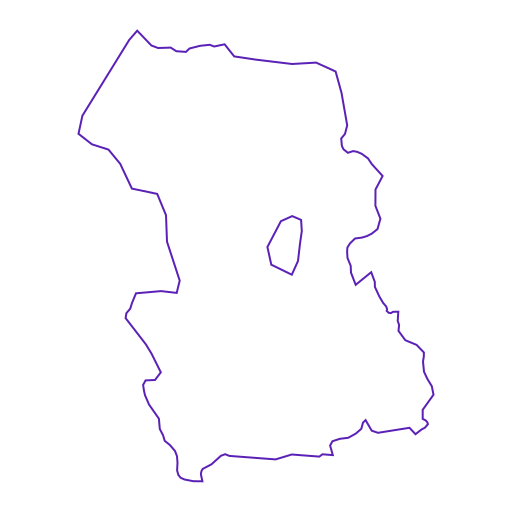 map outline of Rezeknes (Mercator projection)
{"feature_id": "LVA-1066", "entity_name": "Rezeknes", "entity_type": "Municipality", "adm_level": 1, "iso_a3": "LVA", "parent_name": "Latvia", "parent_adm1": "", "projection": "mercator", "projection_center": [27.315, 56.501], "detail": "fine", "context": "isolated", "style": "outline", "palette": "violet", "viewbox_px": 512, "rotation_deg": 0, "n_neighbors": 0, "source": "natural_earth", "source_scale": "10m", "svg_char_len": 1942}
<svg xmlns="http://www.w3.org/2000/svg" viewBox="0 0 512 512"><path d="M137.2,30.7L151.4,45.5L158.1,48.0L170.7,47.6L176.3,51.2L185.9,51.9L189.5,48.5L200.1,45.8L209.8,44.8L214.2,46.5L224.6,44.3L234.2,56.4L255.7,59.6L292.1,64.0L316.1,62.6L335.6,71.5L341.5,92.8L347.2,125.3L345.0,133.9L341.2,138.5L341.9,146.0L343.5,149.3L347.9,152.8L353.1,151.1L357.1,151.8L361.7,153.8L368.0,158.4L371.8,164.1L382.6,176.0L375.5,189.5L375.4,205.8L380.4,218.7L377.5,229.1L371.7,233.7L366.9,236.1L361.9,237.6L355.0,238.5L350.0,243.4L347.4,247.5L347.1,251.6L347.5,258.0L350.7,265.8L351.0,272.7L355.7,284.8L371.2,272.2L374.8,281.9L374.9,286.9L379.4,296.6L383.1,302.9L386.2,306.5L387.1,309.2L386.7,310.9L388.7,312.8L391.0,313.1L393.0,311.8L398.3,311.7L397.7,320.9L399.1,325.0L398.5,330.9L405.3,340.2L416.6,344.9L423.9,352.5L423.8,356.6L423.0,361.6L424.0,371.7L427.3,378.8L431.8,386.2L433.5,394.7L422.7,409.8L422.7,418.9L425.5,420.3L427.3,422.2L427.9,424.2L424.9,427.7L421.5,429.5L415.5,434.2L409.5,427.8L378.0,432.8L371.8,430.7L370.6,428.8L365.6,420.1L363.0,422.6L361.3,428.8L355.8,433.6L348.2,437.8L339.9,438.8L332.5,441.2L330.1,445.5L332.8,455.1L322.5,454.3L319.3,456.6L291.8,454.5L275.5,459.4L229.3,455.9L225.2,454.2L220.9,455.8L211.5,464.3L202.7,468.9L201.6,470.7L200.9,473.7L201.1,475.3L202.4,481.3L193.3,481.2L184.5,479.5L180.7,477.8L178.4,475.0L177.1,470.5L177.5,462.8L177.0,456.2L175.0,451.0L170.0,445.1L164.7,440.8L163.1,435.4L159.8,429.0L158.9,418.7L149.0,404.5L145.0,395.2L144.0,390.8L143.1,384.9L145.6,380.4L155.0,380.0L160.8,372.3L151.5,353.6L145.9,344.4L125.6,318.1L126.4,313.2L130.2,308.7L132.0,303.0L136.0,293.3L161.1,291.1L176.7,292.9L179.7,280.6L167.0,241.7L166.0,215.2L157.2,193.9L131.9,188.6L120.2,163.8L108.5,149.6L91.9,144.3L78.5,133.8L82.4,115.7L129.3,39.8L137.2,30.7ZM291.8,274.7L298.0,261.0L300.0,243.6L301.8,231.1L301.1,219.9L292.2,216.1L280.9,221.2L267.4,247.0L271.3,264.7L291.8,274.7Z" fill="none" stroke="#5b21b6" stroke-width="2"/></svg>